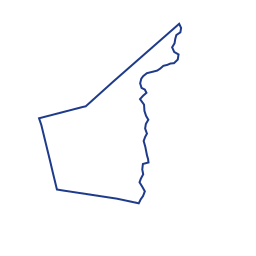 Jaramataia, Alagoas, Brazil (Robinson projection), rotated 335°
{"feature_id": "56859067B61985123547566", "entity_name": "Jaramataia", "entity_type": "district", "adm_level": 2, "iso_a3": "BRA", "parent_name": "Brazil", "parent_adm1": "Alagoas", "projection": "robinson", "projection_center": [-36.959, -9.661], "detail": "fine", "context": "isolated", "style": "outline", "palette": "blue", "viewbox_px": 256, "rotation_deg": 335, "n_neighbors": 0, "source": "geoboundaries", "source_scale": "gbopen_adm2", "svg_char_len": 862}
<svg xmlns="http://www.w3.org/2000/svg" viewBox="0 0 256 256"><g transform="rotate(335 128 128)"><path d="M105.9,200.8L109.4,198.0L112.9,196.0L116.5,192.5L116.1,187.3L115.5,182.1L118.3,179.3L122.2,176.4L123.4,171.6L126.3,166.9L132.0,167.9L133.1,164.5L133.6,161.0L134.6,156.9L135.7,152.5L136.7,146.4L139.8,143.3L142.8,141.1L143.3,135.7L145.9,131.9L149.9,129.1L149.5,124.6L150.1,119.5L152.4,113.6L151.1,106.9L155.4,105.1L159.6,103.9L159.5,100.3L157.2,97.4L157.9,92.6L160.9,88.9L163.7,87.4L168.3,86.3L174.4,87.5L178.7,88.3L182.2,87.8L186.3,86.6L190.3,87.4L193.7,87.5L197.1,88.7L202.0,87.0L204.9,82.7L202.0,78.6L202.1,73.5L206.0,70.9L208.5,67.2L211.1,64.2L215.9,63.4L218.4,59.8L218.4,55.2L134.2,79.7L98.8,90.5L95.9,89.8L51.5,81.6L50.7,88.7L43.4,125.2L41.2,135.8L37.6,153.7L42.7,157.2L88.0,187.3L105.9,200.8Z" fill="none" stroke="#1e3a8a" stroke-width="2"/></g></svg>